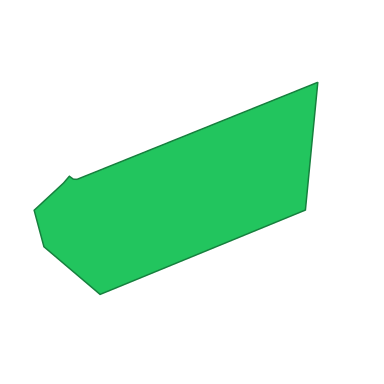 outline of Am-Djarass, Ennedi, Chad, rotated 68°
{"feature_id": "50815135B96833037498211", "entity_name": "Am-Djarass", "entity_type": "district", "adm_level": 2, "iso_a3": "TCD", "parent_name": "Chad", "parent_adm1": "Ennedi", "projection": "orthographic", "projection_center": [22.869, 18.153], "detail": "fine", "context": "isolated", "style": "filled", "palette": "green", "viewbox_px": 384, "rotation_deg": 68, "n_neighbors": 0, "source": "geoboundaries", "source_scale": "gbopen_adm2", "svg_char_len": 334}
<svg xmlns="http://www.w3.org/2000/svg" viewBox="0 0 384 384"><g transform="rotate(68 192 192)"><path d="M252.5,315.6L252.5,312.5L251.2,93.6L137.5,34.3L137.4,34.3L137.4,34.2L137.2,293.8L135.7,297.2L131.5,299.8L131.7,300.3L135.6,307.8L149.8,345.2L187.3,349.8L252.5,315.6Z" fill="#22c55e" stroke="#15803d" stroke-width="1.5"/></g></svg>